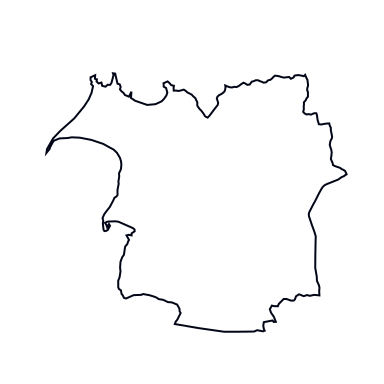 Viamão, Rio Grande do Sul, Brazil, rotated 99°
{"feature_id": "56859067B37980844021564", "entity_name": "Viamão", "entity_type": "district", "adm_level": 2, "iso_a3": "BRA", "parent_name": "Brazil", "parent_adm1": "Rio Grande do Sul", "projection": "robinson", "projection_center": [-50.925, -30.204], "detail": "fine", "context": "isolated", "style": "outline", "palette": "ink", "viewbox_px": 384, "rotation_deg": 99, "n_neighbors": 0, "source": "geoboundaries", "source_scale": "gbopen_adm2", "svg_char_len": 4119}
<svg xmlns="http://www.w3.org/2000/svg" viewBox="0 0 384 384"><g transform="rotate(99 192 192)"><path d="M77.2,92.8L74.9,93.2L73.5,94.2L71.5,94.4L69.0,94.0L67.1,94.4L65.4,94.9L63.2,95.5L61.5,96.8L60.0,97.7L58.6,98.6L60.1,99.6L59.9,102.7L59.9,105.5L61.0,108.9L63.1,109.7L64.7,112.1L63.2,114.0L64.0,117.0L64.6,118.9L64.5,121.3L64.1,123.8L64.0,125.9L64.1,128.2L65.6,129.6L67.1,130.5L68.9,132.1L69.8,134.3L72.1,136.0L72.8,138.4L72.3,140.1L71.9,142.2L71.3,144.3L71.7,146.6L72.9,148.4L73.7,150.2L75.1,151.0L76.8,151.8L77.5,154.2L76.5,156.3L76.0,158.2L77.3,159.8L79.9,162.3L81.4,164.4L81.5,166.8L82.5,168.8L82.6,171.2L82.1,174.0L81.6,175.8L83.3,175.3L86.0,175.3L87.6,175.6L89.5,177.1L91.0,178.8L92.2,180.5L93.9,181.8L96.0,182.1L97.5,181.2L99.9,180.1L102.0,180.2L104.3,181.5L105.7,182.3L113.8,186.6L116.1,188.2L115.2,190.9L113.2,192.5L111.8,193.9L110.0,195.8L109.0,197.3L107.6,198.7L106.3,200.0L104.8,200.5L102.5,200.8L100.5,202.3L98.7,203.4L97.5,205.5L95.9,207.5L95.0,210.2L94.3,212.3L93.1,214.0L92.2,216.2L93.2,218.3L94.3,221.0L94.3,223.3L94.7,225.9L91.8,226.5L89.9,226.5L89.7,229.3L88.0,231.2L86.6,233.4L89.0,237.1L92.4,236.4L93.3,233.9L97.7,231.9L100.7,232.4L104.4,234.2L107.1,236.1L108.5,238.1L110.9,241.7L111.5,243.9L112.2,246.7L113.0,249.9L110.8,262.4L109.6,264.9L108.7,267.0L102.4,267.5L107.7,269.2L106.7,273.4L104.8,275.2L103.6,277.4L101.9,279.2L99.3,278.9L97.0,280.2L96.7,282.5L87.1,286.4L87.1,288.6L88.8,287.8L96.8,288.6L99.0,289.6L99.3,292.1L101.5,293.9L101.2,297.3L98.1,298.6L99.4,301.3L97.7,303.6L95.7,303.5L95.3,305.6L91.8,305.9L94.6,310.1L97.3,309.7L99.1,308.1L101.1,308.6L102.9,306.3L109.6,306.7L116.6,308.5L124.4,312.0L137.7,319.8L152.3,331.7L160.8,337.6L168.8,340.6L172.3,341.9L176.2,341.9L172.0,339.5L169.9,339.1L167.8,338.4L165.2,337.5L163.0,336.5L159.8,331.2L158.1,323.1L156.8,319.3L155.9,311.4L156.3,299.4L158.4,287.1L160.5,281.4L162.4,276.0L165.0,272.3L169.5,268.5L172.8,266.9L176.2,266.0L180.7,265.8L184.9,267.0L188.3,266.3L193.5,266.3L195.3,265.7L201.6,265.9L206.7,265.1L208.4,266.0L209.8,267.7L213.2,268.6L219.8,270.9L222.0,272.2L227.4,275.1L231.8,276.3L234.0,275.2L237.1,275.1L243.0,273.5L244.3,272.4L243.8,270.6L242.6,269.2L238.2,267.7L236.7,269.0L239.9,270.4L237.9,271.4L236.1,273.1L234.6,271.1L234.0,268.7L232.9,262.8L232.9,259.9L236.4,246.6L236.8,244.9L238.0,242.9L239.8,242.5L242.3,245.2L244.3,244.9L244.2,247.8L245.1,249.9L249.2,246.7L250.7,247.3L253.7,247.8L256.1,249.4L258.4,249.5L264.6,249.4L267.2,250.7L272.0,251.7L277.9,251.2L281.6,250.2L287.7,250.2L291.1,251.0L297.8,249.9L299.2,249.0L300.3,246.8L303.7,245.6L304.9,244.2L307.2,242.6L307.5,240.5L303.0,233.5L301.5,225.9L300.4,224.4L300.5,221.5L300.6,217.7L301.4,212.2L302.1,209.8L303.0,208.3L303.0,203.6L304.5,198.6L304.2,194.7L305.5,189.1L309.3,186.1L311.7,185.6L313.3,184.3L320.3,186.5L322.6,187.8L325.1,188.3L325.4,164.9L325.0,138.3L321.9,119.2L320.1,108.8L318.3,106.0L318.5,100.0L317.6,98.5L316.3,99.5L312.9,100.7L309.3,100.7L306.3,92.3L307.6,90.9L307.1,88.9L302.5,91.6L298.9,95.0L295.6,96.8L291.7,95.3L291.9,93.0L291.4,89.3L289.0,88.8L283.3,84.7L282.9,81.9L283.8,77.1L283.3,74.5L281.9,73.5L278.8,73.0L276.3,70.3L277.4,65.3L275.8,62.3L276.1,59.3L274.5,55.3L274.2,50.0L269.8,50.9L266.8,51.1L264.5,51.9L260.2,54.7L256.2,55.5L247.7,58.4L235.1,60.3L219.4,62.5L216.6,62.8L214.6,63.7L211.4,65.3L206.4,68.1L202.6,70.1L197.8,72.6L195.7,73.2L193.5,73.0L187.4,71.0L184.6,70.1L182.7,69.3L179.9,68.4L176.4,67.3L173.3,66.3L169.2,64.8L167.6,64.2L166.2,63.4L164.8,62.3L163.3,60.4L161.7,57.7L160.2,55.2L158.6,52.5L156.8,49.5L154.8,47.5L153.6,46.2L152.8,44.6L151.6,43.6L150.4,42.1L148.9,42.9L147.2,44.2L146.5,45.8L145.9,47.9L145.0,49.5L144.6,51.8L144.0,55.0L143.3,57.0L141.5,57.6L139.8,58.7L137.7,60.0L134.3,60.0L131.0,60.2L128.4,61.1L126.1,62.3L124.0,63.3L121.6,63.3L119.7,63.2L117.7,62.4L115.7,62.2L114.0,62.8L112.0,63.5L109.4,64.5L106.7,65.0L105.1,66.2L102.8,67.2L103.3,69.5L104.1,72.2L105.1,74.9L105.2,77.3L101.0,79.3L96.6,80.6L94.8,81.5L95.0,83.4L96.0,85.2L97.0,86.6L96.8,88.8L97.5,91.1L96.7,93.2L95.5,94.7L92.6,94.5L90.2,95.0L88.1,95.1L85.9,95.5L83.7,94.1L81.3,93.4L79.8,92.4L77.2,92.8Z" fill="none" stroke="#020617" stroke-width="2"/></g></svg>